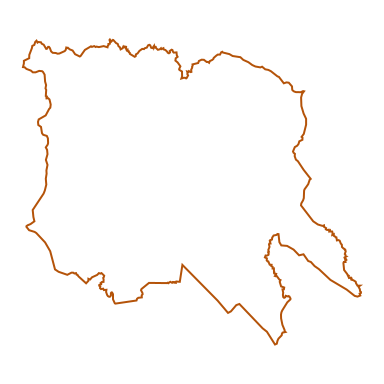 outline of Bolikhanh, Bolikhamxai, Laos
{"feature_id": "54806243B38161899142036", "entity_name": "Bolikhanh", "entity_type": "district", "adm_level": 2, "iso_a3": "LAO", "parent_name": "Laos", "parent_adm1": "Bolikhamxai", "projection": "equal_earth", "projection_center": [103.824, 18.646], "detail": "fine", "context": "isolated", "style": "outline", "palette": "amber", "viewbox_px": 384, "rotation_deg": 0, "n_neighbors": 0, "source": "geoboundaries", "source_scale": "gbopen_adm2", "svg_char_len": 5807}
<svg xmlns="http://www.w3.org/2000/svg" viewBox="0 0 384 384"><path d="M31.9,48.1L29.3,54.9L29.2,58.2L23.9,60.8L23.9,63.4L23.0,67.1L24.7,67.3L26.4,68.9L30.9,70.6L32.8,72.3L35.6,72.3L39.2,70.9L42.1,71.2L42.9,71.8L44.6,74.6L45.1,81.6L46.1,85.1L45.5,88.4L46.2,89.9L45.8,96.0L46.9,96.5L46.4,97.6L46.5,98.4L48.2,98.2L49.5,99.5L50.7,104.5L50.3,107.7L49.1,109.0L45.7,115.4L38.7,119.4L38.0,121.9L38.3,125.0L41.0,126.9L42.0,133.2L43.2,134.8L46.8,135.9L47.9,138.3L48.1,143.0L47.7,144.6L45.8,147.4L47.1,149.9L47.5,154.2L45.9,159.9L47.5,164.9L46.4,170.5L46.6,173.7L45.8,178.7L46.3,184.6L44.8,190.6L43.6,193.6L32.7,210.0L33.4,217.0L34.4,221.3L30.5,224.1L27.6,225.3L26.5,226.1L26.4,226.8L29.1,230.2L34.6,231.9L36.3,233.0L45.1,242.4L50.2,251.2L55.0,269.4L58.6,271.8L67.3,274.8L71.4,272.7L73.2,272.7L74.4,273.5L76.0,273.1L76.6,274.7L77.5,274.8L78.4,276.3L86.1,283.3L88.4,280.8L88.4,278.8L90.1,279.5L92.0,277.3L97.2,274.9L98.9,273.1L100.3,273.6L101.5,273.1L104.2,275.7L103.8,277.1L103.2,277.9L103.6,279.4L103.5,281.9L101.9,282.0L100.7,283.0L101.3,283.8L101.2,284.3L99.3,284.9L99.2,285.7L100.3,286.6L100.0,288.1L101.0,289.1L103.2,288.7L103.9,290.1L106.4,289.8L106.1,292.0L107.1,294.9L107.9,296.1L109.2,296.8L110.1,296.6L110.9,295.5L110.9,293.1L111.5,292.4L112.1,292.5L113.0,294.2L113.0,299.3L114.8,303.3L115.4,303.6L136.5,300.5L137.1,298.7L138.3,297.8L141.8,297.4L141.7,295.3L142.6,294.3L142.5,293.1L141.0,290.2L141.5,289.0L149.0,282.9L166.9,283.1L167.8,282.7L168.3,283.2L170.3,281.8L172.1,282.8L172.7,282.7L172.9,282.0L174.8,282.1L174.8,282.7L175.8,282.8L175.7,282.0L176.2,281.5L179.8,281.8L182.4,264.9L217.7,300.7L228.0,312.9L230.9,311.4L236.3,305.1L239.4,304.0L262.6,328.3L266.9,331.7L275.0,344.5L276.8,343.7L277.5,340.7L278.5,338.6L281.7,335.3L281.9,333.8L282.6,332.6L285.5,332.0L284.6,331.1L284.6,330.1L282.4,324.8L281.1,318.4L281.0,314.7L281.4,312.4L282.2,310.5L287.3,302.3L290.4,299.4L290.5,298.5L289.4,296.5L288.6,296.1L288.1,296.5L285.7,295.8L285.2,297.3L284.1,297.8L283.2,297.0L282.9,294.8L283.2,292.7L282.5,289.4L283.9,289.3L284.2,287.5L281.1,286.4L279.7,281.8L280.5,280.1L279.4,279.6L276.7,276.0L276.1,275.6L275.6,276.2L275.0,276.0L276.0,274.7L276.2,273.9L274.6,273.7L274.4,272.5L274.0,272.6L273.9,268.4L272.6,268.5L272.6,266.8L271.2,265.9L271.5,264.8L269.7,264.7L268.3,261.4L267.6,261.4L266.7,260.4L266.9,258.4L264.9,257.4L265.6,255.5L266.5,255.7L268.4,254.9L268.7,253.9L268.1,252.2L268.9,251.8L268.3,250.0L269.5,246.9L269.0,244.4L269.3,243.6L270.5,243.5L269.8,240.9L270.5,240.6L270.4,240.0L272.0,239.5L272.2,237.6L273.6,235.5L276.6,234.9L277.4,234.0L278.5,234.1L279.4,242.2L281.3,245.4L287.1,245.9L293.6,249.6L299.1,255.3L303.5,254.3L308.2,261.0L310.9,262.0L314.6,266.1L318.9,269.1L330.4,279.9L346.7,289.6L354.7,295.9L357.5,296.6L360.3,295.5L359.6,293.6L360.9,293.0L361.0,292.1L360.1,291.2L359.8,289.1L358.5,286.7L359.9,285.7L357.5,285.7L356.0,283.2L355.7,281.7L353.3,280.2L351.3,279.7L351.1,279.0L351.6,278.3L351.0,277.6L349.0,278.0L348.5,276.6L349.2,275.1L348.1,276.0L347.1,273.9L344.1,270.0L343.4,263.0L343.8,262.0L345.5,262.0L345.3,260.7L346.4,259.9L345.8,258.9L345.1,259.2L344.5,257.5L346.2,256.5L345.6,256.3L345.4,254.7L344.8,254.0L345.7,251.4L345.3,249.8L344.8,249.8L344.4,248.8L343.7,248.7L342.0,247.0L341.8,244.6L340.8,243.6L339.7,240.7L338.5,240.1L336.9,240.4L336.4,237.4L335.6,237.3L335.4,236.7L333.8,235.8L333.8,234.2L332.3,234.9L332.6,233.0L332.2,231.5L330.3,231.5L330.1,230.5L329.2,231.3L328.8,229.7L327.1,230.0L325.8,229.3L326.1,228.1L324.0,226.8L324.0,225.4L322.5,225.9L317.9,224.5L313.2,221.3L301.0,205.4L301.3,203.4L303.1,200.3L303.8,198.1L304.1,190.7L304.5,189.4L308.2,184.2L309.7,179.7L310.7,178.9L303.6,169.8L297.9,161.2L295.9,159.6L294.7,156.2L294.9,153.8L293.6,152.8L293.0,151.5L294.8,147.1L297.2,145.7L298.5,144.0L299.3,141.3L302.4,139.8L302.5,137.7L301.6,136.9L303.8,133.9L306.1,124.7L306.1,118.8L303.6,113.5L301.4,106.1L301.1,97.5L302.1,93.8L304.0,91.3L303.1,91.1L300.8,92.2L295.9,92.1L294.1,91.5L292.5,90.3L292.2,89.4L292.0,86.4L288.8,82.7L286.5,82.4L283.8,83.3L278.9,76.9L277.5,76.4L270.9,71.2L268.3,69.9L265.2,69.3L262.1,66.7L260.4,67.4L255.4,66.5L252.2,65.0L248.4,62.2L243.3,59.9L240.4,57.2L232.6,56.0L229.4,54.1L222.8,52.5L222.3,51.8L221.2,52.3L220.0,54.6L217.7,54.6L216.2,55.7L213.7,57.9L213.4,58.9L212.3,59.9L209.8,61.1L209.1,62.8L207.9,61.9L206.7,62.0L203.9,59.8L201.6,59.7L198.9,61.0L198.2,63.0L192.5,64.4L192.7,65.6L192.1,66.7L192.2,67.6L191.2,69.7L191.4,71.9L190.7,72.1L188.9,71.1L188.5,71.9L187.1,71.5L187.6,73.0L187.3,74.0L188.1,75.4L186.6,78.1L186.1,78.4L185.1,77.8L183.7,77.8L181.4,78.5L182.1,76.4L182.0,71.5L179.4,69.9L179.1,69.2L180.4,66.3L177.6,62.4L175.4,60.6L175.7,58.3L177.6,56.8L176.8,55.3L176.5,52.4L173.7,52.6L173.0,51.8L172.4,50.0L171.6,49.7L169.7,51.0L170.0,52.5L168.9,53.3L167.7,52.7L167.2,51.7L165.4,50.0L163.6,49.4L163.4,48.2L161.5,49.1L161.0,48.2L159.8,49.3L157.9,49.8L155.9,47.9L155.7,46.8L154.7,46.6L154.1,47.6L154.0,45.9L152.4,48.1L151.2,47.8L150.2,45.3L149.3,44.8L148.1,45.3L146.8,47.6L144.6,48.3L144.0,49.1L142.2,48.9L139.4,50.9L137.6,53.4L135.9,54.4L135.7,56.2L134.7,56.8L129.9,53.9L129.8,52.8L128.9,52.3L128.8,51.3L128.0,51.2L127.6,49.6L126.7,50.3L126.0,48.6L126.1,46.8L124.5,46.5L124.3,46.8L124.8,47.3L123.9,47.5L123.3,46.6L122.4,48.4L120.6,49.4L119.9,47.3L118.5,46.2L117.7,43.9L116.1,43.1L113.3,40.0L112.9,39.9L111.4,41.5L109.9,39.5L109.5,40.0L110.1,42.1L109.8,43.8L108.4,44.0L108.4,45.3L107.8,45.8L107.5,47.3L103.7,46.1L98.9,47.1L96.5,46.6L95.6,47.0L94.2,46.1L91.9,46.9L91.0,46.3L84.9,49.9L80.6,56.0L79.8,56.5L75.1,54.2L72.6,50.5L69.6,49.3L67.8,47.7L67.1,48.1L66.3,47.6L65.6,50.1L64.7,51.1L59.4,53.5L57.6,53.7L55.8,53.0L52.7,52.8L51.1,51.4L49.9,48.1L49.0,46.9L48.1,46.9L46.9,48.8L46.2,48.9L43.7,44.7L41.7,43.7L41.0,42.3L38.3,42.0L37.5,42.6L36.5,40.7L35.2,42.0L34.3,44.9L32.3,45.9L31.9,48.1Z" fill="none" stroke="#b45309" stroke-width="2"/></svg>